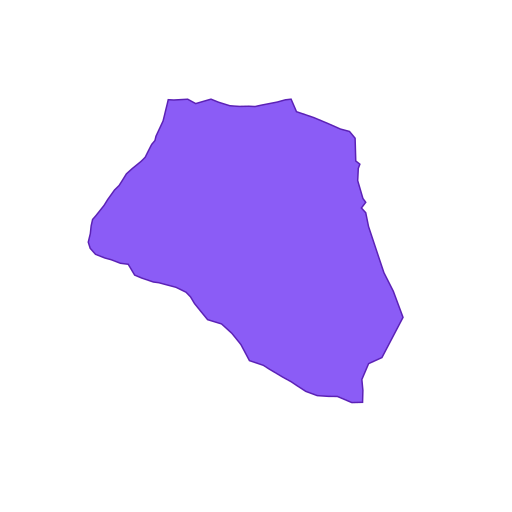 Zing, Taraba, Nigeria (Mercator projection), rotated 332°
{"feature_id": "59680162B60568566930973", "entity_name": "Zing", "entity_type": "district", "adm_level": 2, "iso_a3": "NGA", "parent_name": "Nigeria", "parent_adm1": "Taraba", "projection": "mercator", "projection_center": [11.715, 8.874], "detail": "fine", "context": "isolated", "style": "filled", "palette": "violet", "viewbox_px": 512, "rotation_deg": 332, "n_neighbors": 0, "source": "geoboundaries", "source_scale": "gbopen_adm2", "svg_char_len": 1513}
<svg xmlns="http://www.w3.org/2000/svg" viewBox="0 0 512 512"><g transform="rotate(332 256 256)"><path d="M281.4,435.2L287.3,424.8L291.5,414.7L304.9,403.9L319.5,404.8L357.0,379.2L360.7,351.6L361.1,330.8L365.4,305.2L369.2,282.8L373.2,269.3L371.6,263.1L378.1,260.1L377.4,255.4L381.2,237.1L382.6,234.8L386.3,228.6L387.4,226.7L390.8,223.7L388.7,218.9L395.1,206.0L395.2,205.8L398.8,198.5L397.0,189.9L390.1,183.5L381.4,172.4L372.0,160.9L359.5,147.6L360.6,134.0L355.3,131.9L350.0,130.7L347.2,130.1L332.5,125.6L328.0,124.3L326.0,123.8L325.2,123.5L320.0,120.4L311.7,116.2L308.1,114.0L303.4,111.0L295.1,102.6L289.9,96.4L286.7,95.7L280.5,94.4L275.2,93.3L274.3,93.1L269.3,85.5L263.0,82.6L256.7,79.7L251.9,76.8L249.0,80.1L244.6,85.0L241.7,88.3L237.3,93.2L228.4,99.9L223.9,103.3L221.0,106.6L216.5,108.4L215.1,109.3L210.4,112.6L204.5,116.8L201.0,117.9L198.5,118.6L187.8,120.7L180.2,122.6L174.2,126.1L168.2,129.5L162.1,131.3L159.1,132.8L151.6,136.5L145.6,140.0L133.4,145.3L128.9,147.0L124.6,152.0L120.2,158.5L114.4,165.0L113.2,171.4L115.1,179.2L121.6,186.8L126.4,191.3L132.9,198.8L139.3,203.3L139.6,209.6L139.9,215.9L144.8,221.9L153.2,230.8L157.7,234.0L162.5,238.5L170.6,246.0L177.2,255.1L179.0,261.3L179.4,269.2L181.5,280.1L183.4,289.5L189.6,295.7L193.7,299.8L198.4,313.0L200.3,322.8L201.1,327.1L201.1,337.5L201.1,345.3L211.2,356.0L214.6,362.1L223.0,375.9L228.0,383.5L231.3,389.7L236.4,398.9L244.5,408.0L254.0,413.9L261.9,418.2L270.4,428.7L271.8,430.4L281.4,435.2Z" fill="#8b5cf6" stroke="#5b21b6" stroke-width="1.5"/></g></svg>